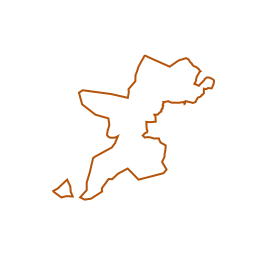 the district of Owerri West, Imo, Nigeria, rotated 54°
{"feature_id": "59680162B78900735102434", "entity_name": "Owerri West", "entity_type": "district", "adm_level": 2, "iso_a3": "NGA", "parent_name": "Nigeria", "parent_adm1": "Imo", "projection": "natural_earth1", "projection_center": [6.985, 5.415], "detail": "fine", "context": "isolated", "style": "outline", "palette": "amber", "viewbox_px": 256, "rotation_deg": 54, "n_neighbors": 0, "source": "geoboundaries", "source_scale": "gbopen_adm2", "svg_char_len": 2594}
<svg xmlns="http://www.w3.org/2000/svg" viewBox="0 0 256 256"><g transform="rotate(54 128 128)"><path d="M160.7,182.4L157.9,173.7L160.1,170.9L159.1,163.1L160.6,152.1L176.0,149.8L185.4,125.9L184.3,121.2L175.5,120.4L172.9,115.6L170.0,113.1L168.0,110.9L164.3,107.7L158.9,110.2L155.6,109.6L154.8,109.1L153.0,111.2L152.0,113.0L149.0,115.2L147.0,117.3L145.6,120.0L142.8,120.5L142.4,118.4L142.2,116.6L142.8,115.5L142.0,114.1L139.7,113.4L133.8,109.6L135.5,107.7L136.5,106.3L138.2,103.5L139.2,101.9L134.5,98.8L132.8,98.8L133.8,97.2L134.4,96.3L134.7,95.6L134.3,94.7L134.1,93.4L134.1,92.7L134.2,92.2L134.3,91.4L134.0,90.9L133.0,90.6L132.9,89.8L132.5,89.4L132.4,88.9L132.6,88.6L132.5,88.3L132.0,88.1L131.6,87.9L131.3,87.6L131.2,87.1L131.0,86.8L130.7,86.7L130.5,86.3L130.2,86.5L129.8,86.5L129.7,86.4L129.5,86.1L129.4,85.9L129.1,85.5L128.9,85.1L128.8,84.7L128.4,84.6L128.1,84.3L127.7,84.1L128.4,83.4L128.6,82.8L129.1,81.5L129.6,80.6L130.3,79.3L131.0,79.2L131.9,78.7L133.4,77.5L135.3,74.9L136.6,73.2L137.6,71.8L139.8,67.5L141.7,68.2L141.7,67.6L140.6,66.3L140.1,65.6L144.8,61.6L145.8,60.9L146.7,58.2L144.7,54.3L144.5,53.6L144.9,52.3L145.1,51.3L145.2,50.2L145.0,49.9L144.8,49.3L144.6,48.9L144.7,48.5L144.9,48.0L144.8,47.7L144.6,46.9L144.5,46.3L144.2,45.9L143.3,45.3L141.6,44.3L140.8,43.4L141.4,43.0L142.1,42.4L142.5,41.8L142.6,41.0L142.7,39.8L143.1,39.3L144.1,38.2L144.8,37.5L145.1,37.0L143.3,33.8L142.4,32.6L140.7,30.8L139.2,30.5L136.0,31.9L134.9,32.7L133.6,34.2L133.4,35.6L133.5,37.0L134.2,38.7L134.6,41.0L135.0,43.8L135.5,45.9L134.5,46.4L133.3,47.0L132.7,47.4L131.9,48.2L131.3,48.4L130.6,46.8L130.1,45.7L128.8,44.4L127.0,42.4L126.1,40.3L125.8,39.5L125.2,38.4L124.9,37.8L124.7,37.2L124.6,36.7L124.7,36.0L124.1,36.1L123.1,36.2L122.2,36.1L120.2,36.5L119.0,36.9L118.0,37.4L117.2,38.1L116.5,38.4L116.0,38.5L114.1,38.8L113.5,38.5L112.3,38.7L111.0,39.0L110.7,39.0L109.1,38.7L108.3,38.7L107.8,38.8L105.6,40.0L103.1,47.4L102.9,58.2L81.6,70.5L79.8,71.3L79.3,72.2L84.2,82.8L85.1,84.2L87.4,87.3L89.7,90.9L94.5,94.6L96.9,104.8L99.5,106.3L103.5,110.4L90.6,121.7L70.9,142.4L70.6,146.9L81.9,151.2L98.1,146.5L108.7,138.2L114.6,141.3L117.0,144.4L118.2,146.0L119.9,147.8L121.4,149.1L123.6,149.0L125.5,148.0L127.9,144.7L128.6,142.0L128.7,141.1L132.6,147.3L134.3,152.7L133.6,157.3L131.8,171.7L131.9,174.1L133.3,175.6L141.6,185.2L147.9,193.5L154.0,197.9L156.0,207.5L160.4,205.2L163.4,199.6L164.2,186.3L161.4,184.6L160.7,182.4ZM145.0,222.7L146.4,219.2L147.0,217.8L150.9,213.0L145.9,211.8L141.3,209.0L134.0,207.6L135.4,218.4L135.7,220.0L135.0,225.5L136.4,225.5L145.0,222.7Z" fill="none" stroke="#b45309" stroke-width="2"/></g></svg>